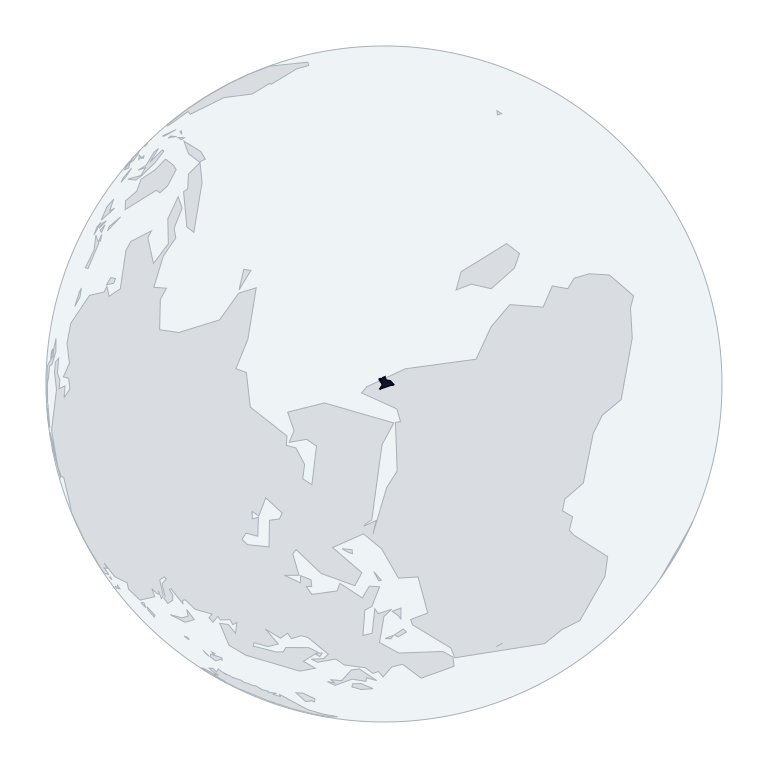 Nugaal on an orthographic globe, rotated 218°
{"feature_id": "SOM-2413", "entity_name": "Nugaal", "entity_type": "Region", "adm_level": 1, "iso_a3": "SOM", "parent_name": "Somalia", "parent_adm1": "", "projection": "orthographic", "projection_center": [49.001, 8.49], "detail": "fine", "context": "on_globe", "style": "filled", "palette": "ink", "viewbox_px": 768, "rotation_deg": 218, "n_neighbors": 0, "source": "natural_earth", "source_scale": "10m", "svg_char_len": 8270}
<svg xmlns="http://www.w3.org/2000/svg" viewBox="0 0 768 768"><g transform="rotate(218 384 384)"><circle cx="384" cy="384" r="338" fill="#eef3f6" stroke="#a8b0b8"/><path d="M46.5,400.4L46.6,401.6L49.3,420.8L52.0,441.3L55.1,461.5L56.2,466.1L49.7,433.5L46.5,400.4ZM347.0,48.1L351.5,47.7L352.0,47.7L339.6,49.0L347.0,48.1ZM551.5,90.5L557.6,96.0L578.7,113.1L581.7,112.5L590.8,118.5L617.4,142.8L638.6,177.9L650.9,190.5L656.4,198.9L656.2,204.1L648.2,191.7L641.7,187.4L637.2,180.3L634.2,186.1L627.6,176.2L628.5,186.6L636.0,194.4L641.0,192.1L644.6,206.6L658.8,220.9L668.2,239.0L670.6,272.6L661.2,284.0L662.3,290.2L654.6,283.8L650.4,296.7L669.6,330.4L671.2,340.7L661.5,361.5L660.2,353.9L639.8,337.0L640.3,361.8L656.0,381.0L661.5,404.9L651.4,398.3L645.3,377.5L638.0,370.9L636.8,349.3L624.9,318.5L614.4,325.5L612.3,312.9L594.2,288.6L577.5,298.1L553.0,333.4L554.5,366.0L543.9,381.1L518.9,335.6L510.1,304.9L499.6,308.3L475.1,283.5L428.4,283.3L423.2,275.5L414.1,279.4L397.1,271.8L389.7,259.3L378.8,260.2L399.0,293.5L410.9,292.8L422.8,279.7L426.1,291.8L442.6,302.5L419.3,332.4L352.3,359.3L348.2,335.0L310.0,269.4L312.5,262.3L312.5,261.5L312.2,260.1L306.1,271.6L300.4,259.1L318.1,304.0L320.1,323.6L351.3,360.8L347.8,364.6L358.6,372.3L396.2,363.1L395.8,371.3L376.6,409.1L326.7,460.2L334.8,494.9L333.7,524.0L305.9,542.6L311.8,564.9L297.9,572.2L299.3,584.6L290.1,597.2L273.5,608.7L241.5,607.1L236.8,595.9L216.7,573.1L187.6,517.9L192.7,493.5L188.7,473.8L165.9,428.6L170.7,404.7L165.3,394.0L153.7,395.5L147.8,382.8L141.1,381.8L101.5,385.7L91.4,368.3L84.0,318.2L92.6,300.0L97.6,278.3L159.6,211.9L168.8,217.1L213.2,211.8L218.0,214.8L208.5,230.5L238.4,252.9L253.1,239.9L284.4,252.7L307.9,253.3L323.8,223.5L285.3,221.7L282.8,207.1L317.0,196.0L351.2,199.4L351.4,194.0L333.2,181.0L344.7,171.9L327.3,175.9L331.7,181.6L321.0,184.8L316.3,179.9L320.6,176.6L311.3,173.8L293.5,192.1L296.0,199.8L269.4,202.1L271.1,215.6L262.6,221.5L256.6,201.2L259.9,194.0L245.8,172.9L239.9,180.3L252.9,201.3L247.2,199.4L239.3,211.3L240.9,200.8L228.4,177.6L206.7,181.1L172.9,209.5L161.6,211.3L155.0,204.7L173.6,175.1L196.8,174.6L203.7,165.7L204.4,152.5L211.4,154.0L214.6,149.1L223.9,149.0L242.3,138.2L252.5,137.7L264.9,124.0L271.9,122.3L262.5,130.5L261.6,136.7L287.7,137.5L294.2,134.8L300.2,126.3L306.6,128.3L309.0,120.0L326.6,117.9L307.2,114.1L313.7,105.7L327.1,100.1L325.7,97.0L304.0,106.4L298.4,111.0L299.2,115.8L281.0,129.9L270.9,131.9L276.8,115.9L263.1,117.7L273.7,105.8L326.0,85.2L345.2,82.7L366.1,94.3L358.7,98.6L347.5,96.2L353.1,105.5L354.9,101.3L360.2,103.5L367.8,97.3L371.9,98.7L372.1,91.0L378.0,92.0L377.8,96.9L394.0,90.2L407.7,91.6L409.4,89.6L407.3,87.1L426.1,91.5L426.5,89.9L420.5,87.7L417.4,83.4L419.2,77.9L425.6,79.7L425.8,81.9L435.9,89.9L435.5,96.5L438.3,96.8L440.2,91.6L427.9,81.6L427.2,77.9L434.2,82.0L431.6,80.2L433.2,79.0L440.9,79.8L433.7,75.3L443.2,63.5L459.0,65.1L464.1,69.2L477.5,66.4L494.2,70.6L488.6,68.3L491.3,66.8L486.1,65.4L483.6,64.3L488.1,62.7L494.1,64.5L493.4,64.3L523.1,76.0L551.5,90.5ZM133.9,246.1L131.1,252.4L131.1,252.5L133.9,246.1ZM384.9,219.7L407.1,221.5L401.4,202.9L409.5,202.4L404.6,196.7L400.9,201.6L389.7,186.3L400.8,181.6L400.3,174.2L392.8,173.3L374.3,184.8L390.3,206.1L383.3,213.4L384.9,219.7ZM222.8,125.5L224.1,128.5L217.9,133.7L205.0,137.2L213.8,129.3L222.8,125.5ZM227.5,131.7L237.0,116.4L245.4,114.6L239.1,118.0L243.7,118.3L234.8,124.1L233.6,138.5L228.1,144.3L207.1,145.8L217.0,141.7L215.1,138.6L227.5,131.7ZM246.1,89.7L250.3,85.5L263.2,86.5L257.8,90.4L244.5,93.4L243.1,90.6L246.1,89.7ZM343.8,54.6L338.7,53.9L339.2,57.3L330.2,57.7L330.8,58.1L322.6,59.7L313.7,62.7L310.2,62.7L308.3,63.9L302.8,65.4L299.0,67.2L291.4,68.2L286.1,70.7L285.5,69.8L278.4,74.1L280.3,71.4L273.4,73.8L275.2,75.1L243.7,80.4L229.0,86.3L215.7,93.2L220.8,89.0L236.5,80.5L256.3,71.6L269.7,67.1L269.6,66.6L276.0,64.5L273.4,65.8L281.2,62.7L285.8,61.6L303.4,56.6L311.8,54.1L318.5,52.7L317.5,53.1L324.8,51.5L327.5,51.7L332.3,50.9L339.8,50.7L335.1,52.9L340.9,51.9L346.8,52.4L343.8,54.6ZM337.6,49.3L339.1,49.1L344.2,48.5L341.7,49.0L353.7,47.7L350.2,49.0L343.5,50.3L333.3,50.1L328.5,50.9L322.9,51.6L337.6,49.3ZM226.1,209.2L230.4,210.2L237.6,209.9L232.7,217.9L226.1,209.2ZM217.1,193.5L221.3,192.6L218.0,202.8L213.6,202.3L217.1,193.5ZM226.5,184.1L221.8,191.8L221.7,187.4L226.5,184.1ZM266.7,129.7L271.6,128.9L271.0,130.9L267.0,133.9L266.7,129.7ZM343.3,68.3L341.4,66.8L343.5,66.2L346.2,62.2L353.1,62.1L354.2,64.5L343.3,68.3ZM315.6,228.4L307.2,233.8L304.4,230.9L307.8,229.5L315.6,228.4ZM266.7,225.6L276.6,229.9L265.3,227.7L266.7,225.6ZM351.2,67.5L351.5,65.7L354.8,66.8L351.2,67.5ZM358.2,61.9L362.5,62.8L354.2,61.7L358.2,61.9ZM460.2,665.8L463.3,669.0L457.7,669.5L460.2,665.8ZM392.4,519.9L373.8,570.1L357.5,570.2L352.6,555.5L358.2,525.1L376.6,516.5L385.1,502.5L392.4,519.9ZM697.1,456.3L700.1,457.2L699.7,458.8L697.1,456.3ZM694.1,451.6L698.1,451.4L692.9,455.1L694.1,451.6ZM699.6,451.3L703.6,447.6L705.4,444.8L704.7,448.1L699.6,451.3ZM691.1,452.2L671.8,454.4L663.3,451.3L666.1,445.3L679.8,445.1L691.1,452.2ZM665.3,445.2L651.4,430.7L627.2,386.4L636.0,386.4L660.3,412.1L658.9,417.2L667.3,428.9L665.3,445.2ZM696.2,411.7L694.6,426.7L684.7,426.8L679.8,425.1L676.5,406.6L678.4,396.7L682.7,396.5L695.3,362.1L700.5,369.3L697.5,383.5L701.5,395.8L696.2,411.7ZM556.2,369.0L565.1,388.0L558.8,391.6L556.2,369.0ZM697.5,339.0L694.4,353.7L696.3,334.4L697.5,339.0ZM696.9,321.2L698.6,328.2L695.3,321.7L696.9,321.2ZM664.9,299.6L660.5,301.8L659.0,297.0L663.7,291.4L664.9,299.6ZM675.4,254.8L680.6,268.6L681.6,273.4L677.1,265.2L675.4,254.8ZM410.4,70.6L399.0,75.5L395.4,80.5L400.6,84.8L388.5,81.5L394.0,73.8L410.4,70.6ZM438.5,63.8L433.9,61.1L439.1,61.7L440.8,62.4L438.5,63.8ZM433.5,62.6L422.1,60.7L421.6,58.9L430.7,60.6L433.5,62.6ZM386.4,62.2L382.6,63.5L380.0,62.4L386.4,62.2ZM668.2,566.9L669.6,564.3L642.3,590.6L639.4,588.6L646.8,578.7L657.5,550.5L659.1,550.8L666.4,531.4L686.4,511.2L702.7,477.3L706.1,478.2L713.3,454.2L714.4,454.8L709.8,473.4L709.1,476.2L701.4,499.9L692.0,523.0L680.9,545.4L668.2,566.9ZM704.4,456.6L709.6,444.2L711.4,442.8L704.4,456.6ZM718.2,434.1L718.3,433.1L718.2,434.1ZM720.1,419.1L720.4,416.3L719.2,413.2L719.0,406.5L720.2,401.5L718.2,396.8L720.6,392.9L720.7,406.7L721.6,395.3L721.7,396.1L720.1,419.1ZM718.8,424.0L719.0,423.9L718.3,428.3L718.8,424.0ZM714.0,412.6L713.7,416.6L712.7,413.7L714.0,412.6ZM715.5,410.0L717.7,413.6L715.0,413.4L715.5,410.0ZM703.9,398.7L705.2,407.7L709.4,401.1L706.1,410.1L708.0,424.9L706.7,430.8L705.0,414.7L702.8,432.0L700.9,432.0L700.7,417.6L703.2,399.5L705.1,391.9L712.1,387.6L703.9,398.7ZM715.8,398.7L715.0,388.1L715.4,380.9L716.4,386.3L715.8,398.7ZM710.9,363.2L706.8,351.6L704.5,356.7L707.7,338.9L711.4,352.9L710.9,363.2ZM705.1,337.1L703.2,341.7L704.3,331.5L705.1,337.1ZM701.8,337.8L700.0,329.5L702.4,330.3L701.8,337.8ZM706.5,337.2L704.4,323.1L706.9,331.2L706.5,337.2ZM695.1,311.3L702.7,324.0L695.4,319.2L688.3,292.8L690.9,291.7L695.1,311.3ZM666.8,207.8L662.4,201.2L662.8,199.5L665.8,204.5L666.8,207.8ZM660.3,190.7L661.5,197.0L661.8,203.4L664.8,206.3L670.5,217.9L662.5,207.5L657.6,194.8L658.6,192.1L652.6,183.0L649.5,177.0L640.7,166.1L637.3,161.5L645.6,170.9L660.3,190.7ZM636.8,161.6L620.3,143.6L624.0,146.3L628.5,150.8L634.5,157.7L632.2,155.8L636.8,161.6ZM617.4,140.3L615.0,138.6L585.7,114.6L580.5,110.5L604.7,128.6L603.7,128.2L610.3,134.1L617.4,140.3ZM480.7,63.5L477.8,62.2L481.3,62.9L480.7,63.5ZM471.7,59.2L469.8,59.3L469.2,58.4L471.7,59.2ZM466.0,60.1L467.8,59.0L469.9,61.2L466.0,60.1Z" fill="#d9dde1" stroke="#a8b0b8" stroke-width="1"/><path d="M375.4,389.4L375.5,389.4L375.8,389.1L376.0,388.8L376.3,388.6L376.6,388.3L376.9,388.0L377.2,387.7L377.5,387.5L377.8,387.2L378.0,386.9L378.4,386.4L378.7,385.8L379.1,385.3L379.4,384.8L379.8,384.2L380.1,383.7L380.5,383.2L380.8,382.6L381.2,382.1L381.5,381.5L381.9,381.0L382.2,380.5L382.6,379.9L382.9,379.4L383.3,378.9L383.6,378.3L383.6,377.7L384.3,377.6L384.5,380.2L384.6,381.6L385.0,382.3L385.7,382.8L386.6,383.4L388.0,383.5L388.5,383.8L388.9,384.9L389.2,384.5L389.4,384.2L390.1,384.3L390.8,384.9L390.7,385.0L390.5,385.7L390.4,385.9L390.2,386.1L389.4,386.6L388.9,387.1L388.8,387.3L388.7,387.5L388.7,387.9L388.7,388.0L388.8,388.0L388.8,388.3L388.6,388.7L388.4,388.8L388.4,389.2L388.3,389.3L387.7,390.4L386.9,389.4L386.6,389.4L385.1,388.7L384.2,388.6L381.1,390.4L375.6,389.5L375.4,389.4Z" fill="#0f172a" stroke="#020617" stroke-width="1.5"/></g></svg>